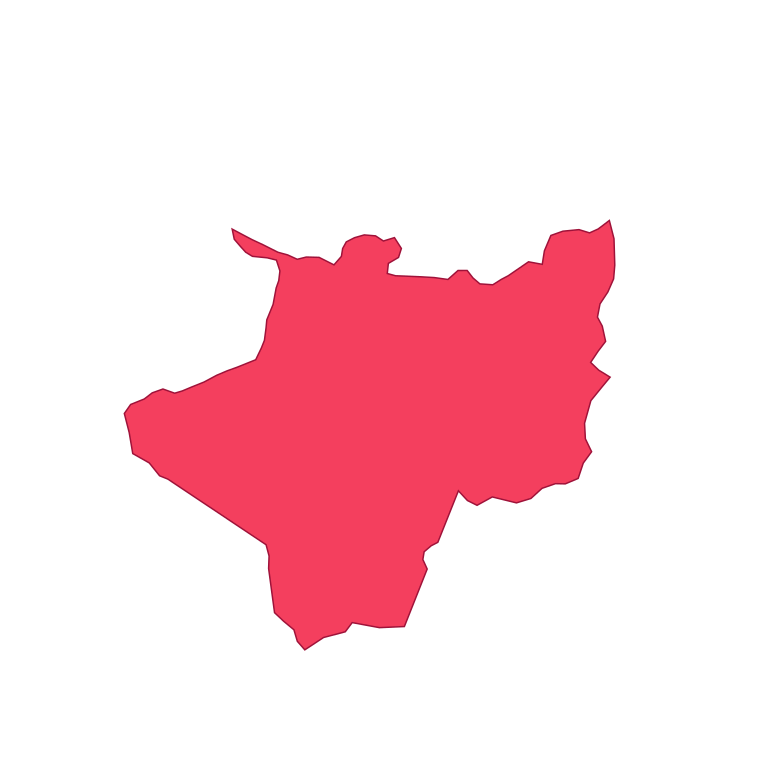 outline of Ouro Verde de Goiás, Goiás, Brazil, rotated 35°
{"feature_id": "56859067B9347116890532", "entity_name": "Ouro Verde de Goiás", "entity_type": "district", "adm_level": 2, "iso_a3": "BRA", "parent_name": "Brazil", "parent_adm1": "Goiás", "projection": "albers", "projection_center": [-49.231, -16.245], "detail": "fine", "context": "isolated", "style": "filled", "palette": "rose", "viewbox_px": 768, "rotation_deg": 35, "n_neighbors": 0, "source": "geoboundaries", "source_scale": "gbopen_adm2", "svg_char_len": 1634}
<svg xmlns="http://www.w3.org/2000/svg" viewBox="0 0 768 768"><g transform="rotate(35 384 384)"><path d="M539.8,571.0L525.5,510.8L516.5,505.5L513.1,498.4L515.4,489.5L518.9,482.8L506.2,428.8L519.2,431.6L529.8,430.0L537.5,414.4L560.7,405.4L570.0,393.5L573.3,378.8L581.6,367.3L589.8,361.8L597.2,350.0L592.6,334.5L592.9,320.4L580.4,313.4L570.8,301.1L563.0,279.0L564.3,261.0L565.3,248.7L552.0,249.5L540.9,247.8L540.6,234.3L541.1,222.0L529.6,211.4L520.5,206.8L515.0,194.5L514.6,180.2L511.8,166.2L504.9,154.3L489.1,133.1L474.8,120.8L470.5,134.2L465.7,142.3L455.2,145.7L442.9,156.2L435.5,166.6L439.0,182.9L445.0,195.2L432.3,201.0L423.7,224.0L420.1,231.0L416.2,240.3L405.1,247.0L396.1,246.1L387.0,243.3L379.5,248.6L376.4,261.7L364.1,268.0L352.3,275.3L338.2,284.3L331.4,288.7L323.3,291.6L318.4,282.7L323.3,272.0L320.5,263.0L308.6,258.1L301.5,267.2L292.1,267.5L282.3,273.2L275.9,281.1L271.6,289.2L272.4,296.7L275.9,303.9L274.7,315.1L258.2,317.5L247.5,324.6L241.4,331.6L231.1,333.5L221.6,336.9L205.2,339.3L193.2,341.4L183.8,342.6L170.8,344.2L178.3,351.3L187.7,353.7L195.2,355.4L203.0,354.9L216.0,347.6L224.8,344.2L233.9,351.1L238.5,359.7L240.6,367.2L247.5,382.4L251.2,398.7L255.2,405.7L261.0,416.8L262.9,424.9L265.0,437.7L254.0,454.6L248.0,463.1L242.0,472.7L235.4,485.7L228.4,496.4L222.8,505.3L217.8,511.6L205.8,514.9L199.2,524.2L196.2,533.8L188.2,546.1L188.2,557.1L203.1,569.9L218.1,585.1L237.0,583.3L252.8,587.9L261.4,585.9L379.6,583.3L388.5,590.8L395.3,601.3L425.5,634.1L437.8,635.9L451.2,637.0L460.6,644.5L471.6,647.2L479.9,626.3L494.4,609.2L494.8,597.7L520.0,586.2L539.8,571.0Z" fill="#f43f5e" stroke="#9f1239" stroke-width="1.5"/></g></svg>